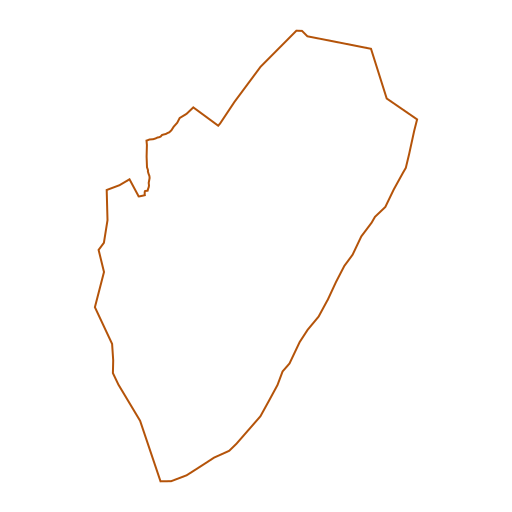 Emure, Ekiti, Nigeria
{"feature_id": "59680162B54887547034560", "entity_name": "Emure", "entity_type": "district", "adm_level": 2, "iso_a3": "NGA", "parent_name": "Nigeria", "parent_adm1": "Ekiti", "projection": "robinson", "projection_center": [5.496, 7.408], "detail": "fine", "context": "isolated", "style": "outline", "palette": "amber", "viewbox_px": 512, "rotation_deg": 0, "n_neighbors": 0, "source": "geoboundaries", "source_scale": "gbopen_adm2", "svg_char_len": 1306}
<svg xmlns="http://www.w3.org/2000/svg" viewBox="0 0 512 512"><path d="M296.4,30.7L260.6,66.7L234.6,101.7L220.1,123.5L218.2,125.7L193.3,107.4L186.6,113.8L179.7,118.0L177.2,122.8L173.7,126.7L171.4,130.3L169.3,132.3L167.6,133.0L165.8,134.0L163.7,134.5L162.0,135.0L160.6,136.6L158.9,137.3L157.5,137.5L155.7,138.4L153.2,139.2L149.5,139.5L147.2,140.4L146.5,140.6L146.9,145.0L146.6,156.6L147.0,167.3L147.8,169.6L148.0,170.5L147.9,171.5L148.5,173.6L149.4,176.0L149.6,178.0L148.7,182.9L149.0,185.5L148.7,187.2L148.1,188.8L147.6,190.7L145.1,191.0L144.7,192.0L144.7,193.4L144.7,194.3L144.8,195.2L143.9,195.4L142.7,195.7L141.7,195.9L139.4,196.4L138.6,196.4L138.4,195.9L129.5,179.3L119.5,185.2L106.7,190.0L107.5,220.2L103.9,242.8L98.6,249.9L104.0,272.0L94.9,307.2L112.1,343.9L113.2,360.4L112.9,373.1L118.4,384.6L140.1,420.8L160.5,481.3L171.1,481.2L186.6,475.3L202.1,465.4L214.1,457.6L229.2,450.8L236.4,443.8L260.4,416.3L269.0,400.7L277.5,385.0L282.6,371.4L289.5,363.5L299.7,342.0L307.7,329.7L318.6,316.6L327.2,300.7L327.7,299.9L336.0,282.0L341.9,270.6L344.4,265.8L345.9,263.8L352.6,254.7L361.3,236.4L371.6,222.7L375.0,216.8L385.3,207.0L393.8,189.4L402.9,172.9L405.8,167.9L409.1,154.2L414.2,130.8L417.1,119.4L386.7,98.5L371.0,48.8L307.4,36.3L302.0,30.9L296.4,30.7Z" fill="none" stroke="#b45309" stroke-width="2"/></svg>